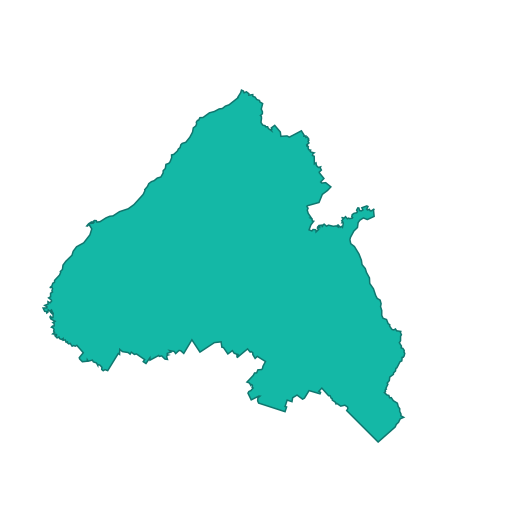 Masterton District, Wellington, New Zealand, rotated 197°
{"feature_id": "76426892B14950908560920", "entity_name": "Masterton District", "entity_type": "district", "adm_level": 2, "iso_a3": "NZL", "parent_name": "New Zealand", "parent_adm1": "Wellington", "projection": "equal_earth", "projection_center": [175.891, -40.935], "detail": "fine", "context": "isolated", "style": "filled", "palette": "teal", "viewbox_px": 512, "rotation_deg": 197, "n_neighbors": 0, "source": "geoboundaries", "source_scale": "gbopen_adm2", "svg_char_len": 6122}
<svg xmlns="http://www.w3.org/2000/svg" viewBox="0 0 512 512"><g transform="rotate(197 256 256)"><path d="M443.9,165.4L442.1,166.4L441.0,165.4L441.0,163.1L440.1,162.1L441.6,160.3L440.5,157.0L442.1,155.3L438.9,154.1L438.3,153.1L439.3,151.0L441.6,151.5L440.8,149.2L443.6,147.0L441.0,146.3L440.9,145.2L444.4,144.0L441.9,141.3L439.8,141.6L439.4,140.4L438.6,141.3L438.9,143.7L437.0,143.0L435.8,144.6L435.0,143.7L435.9,142.2L434.5,141.4L434.7,143.1L433.1,141.8L432.2,137.7L433.1,137.3L435.0,138.3L435.2,137.4L433.8,135.8L429.1,134.8L430.8,132.9L429.4,132.6L428.6,130.2L430.1,129.5L430.8,128.1L429.2,128.0L427.6,126.8L427.6,125.0L426.4,124.1L427.6,122.1L423.8,122.6L423.6,121.7L424.8,120.9L422.3,119.5L420.8,120.9L419.7,119.6L417.6,119.3L416.3,120.7L415.9,119.0L413.9,120.0L412.5,118.1L411.3,118.8L411.1,117.9L409.3,117.2L408.1,118.1L405.5,116.0L404.1,117.1L402.5,116.9L401.2,118.2L392.9,113.0L395.3,107.1L394.6,106.0L391.1,104.1L386.7,106.0L387.0,107.4L385.8,106.3L382.0,108.6L380.6,107.2L377.3,107.1L375.3,105.1L375.5,106.0L373.3,106.0L370.8,104.5L370.4,102.4L368.6,101.6L367.2,103.2L364.3,103.0L359.2,122.5L357.7,122.0L359.0,126.9L355.8,125.5L350.0,126.3L347.7,125.3L347.1,127.6L343.5,126.3L341.8,127.4L332.2,124.4L333.0,122.0L329.8,121.0L327.7,127.6L326.9,125.4L320.0,132.4L319.1,131.7L317.0,132.9L312.9,130.8L310.4,131.2L312.0,133.5L311.9,135.1L311.0,135.7L312.0,135.7L312.4,136.9L309.2,139.3L311.0,140.3L306.3,140.8L304.3,139.2L302.0,143.2L300.3,143.4L296.6,141.7L292.8,157.1L281.5,147.7L270.5,161.0L264.3,163.7L262.0,158.8L260.3,158.9L254.3,154.1L250.9,158.6L248.3,156.5L246.7,156.8L245.6,155.8L244.7,156.7L244.2,156.3L244.8,154.0L244.1,153.7L236.9,164.7L233.5,162.4L232.7,163.2L230.8,162.5L230.2,160.8L226.9,157.8L225.4,160.4L216.1,157.9L217.1,152.6L216.9,150.2L217.4,149.1L220.9,147.7L221.2,144.4L223.2,143.7L223.7,141.0L227.8,132.8L225.1,132.6L223.3,130.9L223.2,131.7L222.2,131.7L221.4,130.8L221.4,129.3L220.2,128.9L221.5,125.9L223.2,124.3L223.6,122.5L218.5,117.0L212.3,122.9L211.3,123.1L212.7,121.0L212.1,118.0L210.5,116.1L182.7,115.6L182.6,120.6L184.2,120.6L184.1,127.3L179.0,127.2L179.5,131.2L176.1,135.0L169.6,132.7L168.1,134.3L165.9,142.8L154.5,142.9L154.4,144.5L156.4,145.0L154.4,148.9L145.7,143.6L144.3,144.1L142.7,142.1L141.5,141.9L140.9,140.5L137.6,139.5L136.2,137.9L135.7,138.7L131.1,137.2L127.4,139.3L124.2,138.3L123.5,136.9L124.1,134.7L84.8,113.8L72.9,133.2L72.6,136.0L71.1,138.6L70.5,142.4L67.6,144.9L70.8,145.6L71.1,147.2L73.2,149.5L73.9,152.0L75.9,153.5L77.8,156.6L82.4,157.8L85.2,160.1L86.8,159.5L88.2,161.5L90.2,161.4L93.3,163.0L92.5,164.1L93.3,165.6L92.4,166.8L93.1,167.5L92.4,171.9L93.4,172.8L92.1,175.8L92.7,179.3L90.0,183.0L90.3,184.5L89.0,186.8L89.4,189.4L88.6,190.2L87.4,196.9L85.9,198.3L86.6,201.8L85.6,202.2L85.1,203.7L85.3,206.4L86.3,207.3L86.7,209.1L88.6,210.6L90.3,210.6L90.6,212.4L93.6,215.0L93.0,217.2L94.3,221.6L93.9,223.2L95.5,225.0L95.5,226.2L99.7,225.6L101.3,227.0L102.6,225.6L104.5,225.5L107.7,228.0L108.0,229.4L109.8,229.9L112.6,233.4L116.3,233.6L118.4,236.0L119.8,240.6L122.1,244.0L122.4,246.9L124.4,250.1L127.7,250.9L130.0,253.2L134.1,259.0L139.2,263.0L141.1,268.2L145.5,272.5L147.8,275.9L152.1,278.8L154.0,282.8L158.1,288.0L164.6,293.8L169.0,295.5L171.0,299.1L171.1,301.5L169.7,308.5L167.3,312.9L168.1,317.8L167.1,320.7L164.4,323.8L160.2,323.4L154.6,328.4L157.0,334.1L156.7,335.6L158.9,332.9L160.0,332.6L161.3,333.8L162.8,332.6L163.8,333.1L163.4,336.1L164.7,336.3L168.9,333.1L167.2,331.3L168.5,329.9L170.1,329.7L171.7,332.0L172.7,331.8L173.2,329.2L172.0,328.1L172.3,326.8L174.7,325.5L176.1,323.7L175.9,321.6L174.8,321.0L175.0,320.3L177.4,319.1L178.5,319.3L179.5,318.3L181.9,319.8L182.8,318.0L185.5,317.9L183.2,317.4L184.3,314.7L183.1,314.1L183.5,313.0L182.5,313.3L182.0,312.5L181.7,308.7L182.8,309.3L183.8,308.1L186.5,309.7L186.9,309.4L186.0,307.8L188.0,308.3L190.7,307.0L195.7,306.7L197.3,305.1L200.2,306.4L201.0,305.1L201.1,302.9L201.7,304.9L204.7,303.6L205.0,302.8L203.7,302.8L203.4,301.8L205.5,301.6L205.4,300.5L203.9,299.6L205.6,296.6L206.2,298.2L207.0,298.5L209.2,298.0L209.9,296.3L212.9,296.5L212.6,301.9L211.0,306.1L212.4,306.0L213.4,308.1L215.0,308.3L214.4,308.7L218.5,312.0L220.4,314.8L220.2,316.9L221.8,318.2L221.7,319.0L211.4,325.6L210.6,334.3L206.7,339.7L204.6,344.0L210.8,346.5L214.4,345.0L215.8,345.7L213.7,350.0L219.8,354.1L220.1,354.7L218.6,357.3L220.4,359.1L220.3,360.1L222.2,358.9L224.6,360.1L225.9,362.6L227.1,361.2L229.5,368.4L231.4,368.6L231.5,370.5L230.6,371.6L234.0,371.5L234.9,372.1L234.7,373.2L236.8,373.1L237.9,374.8L237.9,375.8L239.6,376.0L240.0,377.0L239.2,377.2L239.5,378.1L238.4,379.6L239.8,380.9L239.3,382.3L240.2,382.8L240.0,383.5L241.8,384.8L242.9,384.0L243.4,385.4L245.2,384.6L245.3,385.6L249.2,389.0L258.9,379.4L261.4,379.9L267.2,377.7L269.0,381.7L276.3,386.4L278.8,383.0L277.9,382.0L278.7,381.3L277.8,380.3L281.4,381.5L282.7,383.0L284.5,382.4L285.5,383.3L287.8,383.1L290.3,385.2L291.0,389.4L291.7,391.1L292.8,391.6L291.5,393.9L292.0,395.8L293.9,398.0L294.2,403.7L297.4,404.5L298.1,405.7L301.1,405.9L303.4,407.7L305.6,407.7L306.3,409.4L309.9,407.7L310.2,409.1L313.2,410.2L315.1,408.6L316.3,410.1L318.4,410.4L318.4,407.6L319.8,402.5L319.4,402.2L326.0,392.7L329.1,390.4L331.3,387.2L334.2,385.9L338.1,382.0L342.4,379.3L347.2,372.9L350.1,371.9L350.6,368.9L351.6,368.6L352.2,366.5L351.4,364.9L351.6,362.7L353.4,360.2L352.9,355.9L354.0,350.2L356.4,344.2L359.5,342.1L360.4,340.4L360.3,337.4L361.5,335.7L361.9,333.3L364.4,329.1L366.3,328.0L365.4,325.3L365.7,321.0L366.5,319.1L368.9,317.3L368.3,313.1L369.7,310.5L369.1,308.1L370.1,303.7L373.2,301.7L375.5,298.2L377.8,296.5L379.7,293.8L380.1,290.8L381.8,286.9L381.3,286.0L381.9,281.9L387.7,269.5L392.0,263.8L399.5,258.5L404.5,252.5L407.5,251.2L410.6,248.6L415.2,243.2L418.0,241.9L419.1,243.1L420.9,242.7L421.7,241.6L420.8,240.8L421.3,239.8L424.9,238.3L422.7,240.5L423.3,240.5L425.5,237.9L426.6,235.3L425.9,235.4L425.2,237.1L424.4,236.9L421.0,233.9L421.0,227.7L424.6,218.2L430.3,212.4L432.2,207.1L432.2,202.9L436.3,195.4L437.9,190.9L437.2,186.5L438.6,183.9L438.0,183.2L438.3,180.3L441.5,173.8L441.0,171.9L442.4,170.5L442.4,167.8L443.9,165.4Z" fill="#14b8a6" stroke="#0f766e" stroke-width="1.5"/></g></svg>